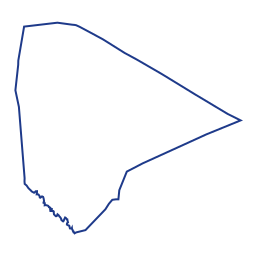 San Juan Achiutla, Oaxaca, Mexico
{"feature_id": "50627088B30622720608002", "entity_name": "San Juan Achiutla", "entity_type": "district", "adm_level": 2, "iso_a3": "MEX", "parent_name": "Mexico", "parent_adm1": "Oaxaca", "projection": "equal_earth", "projection_center": [-97.513, 17.347], "detail": "fine", "context": "isolated", "style": "outline", "palette": "blue", "viewbox_px": 256, "rotation_deg": 0, "n_neighbors": 0, "source": "geoboundaries", "source_scale": "gbopen_adm2", "svg_char_len": 1480}
<svg xmlns="http://www.w3.org/2000/svg" viewBox="0 0 256 256"><path d="M24.7,183.9L26.6,185.5L28.3,188.0L30.1,189.8L30.8,190.4L31.6,191.4L32.9,192.1L33.9,192.7L34.4,192.7L35.6,191.3L37.0,191.2L37.0,192.1L36.7,194.3L37.4,194.2L38.3,194.7L38.5,194.6L38.8,195.0L39.5,195.8L39.6,196.5L39.8,197.5L40.4,197.7L42.0,196.4L43.1,196.9L43.5,198.1L43.7,198.9L44.1,201.3L43.6,202.1L43.5,202.8L44.0,203.0L44.8,203.2L44.7,205.3L45.2,205.2L45.8,205.1L47.0,205.4L48.1,205.8L48.6,206.4L48.9,207.1L49.5,207.1L49.7,207.6L50.4,207.9L51.2,209.2L51.8,209.1L51.8,209.8L50.2,209.7L50.4,211.0L53.1,211.0L53.4,211.1L53.8,211.7L53.7,212.2L53.9,213.6L54.0,214.4L55.8,216.2L56.0,216.2L56.3,216.2L56.8,216.0L57.5,214.3L58.6,215.2L59.6,216.7L60.1,217.1L60.9,218.3L61.4,219.5L61.3,219.8L62.7,221.2L63.1,221.4L63.7,220.8L64.2,219.4L65.1,217.5L65.8,217.9L66.9,219.4L67.3,219.4L67.4,220.0L68.0,222.4L67.5,222.7L67.0,223.4L66.9,224.6L68.9,225.7L69.2,225.7L69.4,226.1L69.9,228.4L71.6,228.6L71.9,228.0L72.0,229.0L72.3,229.4L72.7,230.2L72.7,230.6L73.3,231.8L73.4,231.7L73.6,231.6L74.6,233.3L76.2,232.4L85.5,230.1L87.2,228.3L105.4,209.3L108.9,203.8L112.3,199.8L116.2,199.3L118.4,199.3L119.3,190.2L126.8,171.6L142.8,163.3L206.3,134.4L240.6,120.4L227.6,113.9L195.4,94.6L161.9,74.1L136.7,59.5L124.7,53.0L102.7,39.2L79.6,26.8L76.1,25.2L74.4,24.9L74.2,24.9L73.4,24.8L72.2,24.7L57.4,22.7L24.1,26.6L18.3,60.6L18.2,64.9L15.4,90.3L18.9,106.9L24.6,178.2L24.5,181.4L24.7,183.9Z" fill="none" stroke="#1e3a8a" stroke-width="2"/></svg>